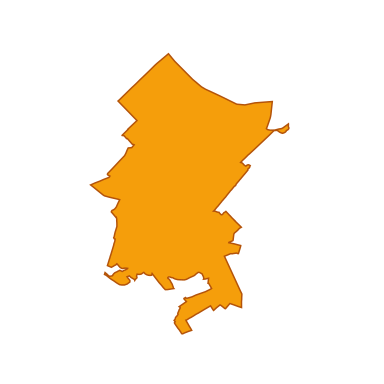 outline of Osica De Sus, Olt, Romania, rotated 318°
{"feature_id": "2599482B88469159964237", "entity_name": "Osica De Sus", "entity_type": "district", "adm_level": 2, "iso_a3": "ROU", "parent_name": "Romania", "parent_adm1": "Olt", "projection": "orthographic", "projection_center": [24.323, 44.259], "detail": "fine", "context": "isolated", "style": "filled", "palette": "amber", "viewbox_px": 384, "rotation_deg": 318, "n_neighbors": 0, "source": "geoboundaries", "source_scale": "gbopen_adm2", "svg_char_len": 6003}
<svg xmlns="http://www.w3.org/2000/svg" viewBox="0 0 384 384"><g transform="rotate(318 192 192)"><path d="M151.5,311.0L155.4,306.6L157.1,305.0L158.4,303.6L160.5,301.5L160.9,300.9L161.7,298.0L173.1,261.4L176.3,262.6L179.3,263.6L179.8,264.0L180.5,264.8L181.7,265.5L184.1,267.1L184.4,267.5L185.0,268.7L185.3,268.8L188.0,267.2L191.5,265.1L192.4,264.4L191.1,262.5L188.7,258.8L185.4,254.3L185.7,254.1L189.5,255.4L189.9,255.5L190.4,255.2L194.3,251.8L194.9,251.3L195.6,251.0L196.1,250.9L196.7,250.9L198.4,251.0L200.5,251.0L201.6,250.8L202.3,250.8L203.4,250.8L204.5,251.1L205.1,251.2L204.5,241.7L204.5,240.9L204.6,241.0L204.4,238.0L204.4,234.9L204.3,234.5L204.3,233.3L204.2,229.1L203.6,229.1L202.6,228.9L201.8,228.7L201.3,228.8L200.4,229.0L199.5,229.0L199.2,229.0L198.8,228.7L198.5,228.4L198.4,228.0L198.4,227.2L198.3,226.6L198.4,225.5L198.4,225.4L198.5,225.3L198.5,225.1L198.0,224.7L197.6,224.2L197.5,223.9L197.2,223.6L197.1,223.3L196.8,222.8L196.7,222.4L196.2,221.6L196.1,221.4L195.5,221.0L195.2,220.6L195.6,220.6L196.1,220.6L197.7,220.4L200.1,220.0L201.6,219.9L204.0,219.5L206.6,219.1L207.4,219.0L208.2,218.8L209.6,218.7L211.6,218.4L213.7,218.2L215.6,217.8L216.9,217.6L220.0,217.1L221.5,216.8L222.8,216.8L227.1,216.1L227.7,216.1L228.4,216.4L228.6,216.4L229.1,216.2L230.1,215.7L231.2,215.5L232.2,215.4L232.8,215.3L233.5,215.2L234.5,215.1L235.8,214.8L236.6,214.8L238.4,214.5L240.0,214.3L241.3,214.1L243.7,213.8L248.2,213.1L248.7,212.5L249.1,212.3L250.1,212.4L250.5,212.4L251.9,212.0L252.4,211.4L252.9,211.3L252.7,210.6L252.3,209.7L251.7,209.2L250.5,208.8L250.1,208.9L249.7,208.9L249.2,208.6L248.8,206.9L248.8,204.9L248.6,203.6L248.3,203.2L247.9,202.6L248.5,202.5L251.1,202.3L253.4,202.3L259.1,202.0L259.8,202.1L266.8,202.0L287.3,201.5L293.8,201.2L294.6,201.7L295.9,202.7L296.3,202.9L296.6,203.5L297.2,206.2L297.8,207.7L298.5,208.9L299.7,209.5L301.2,209.9L302.4,209.9L303.1,209.5L305.0,209.9L306.3,209.7L306.9,209.1L307.2,208.5L307.2,208.2L307.3,207.9L308.0,207.2L308.9,206.3L309.2,205.9L303.4,205.3L302.5,205.2L301.3,204.9L300.7,204.6L298.5,203.2L295.0,201.4L293.2,199.9L291.7,198.6L290.9,197.6L290.1,196.5L289.8,195.8L289.7,195.1L289.7,194.7L292.1,193.5L299.5,189.4L300.7,188.6L302.5,187.2L312.2,178.5L298.3,167.8L289.6,162.7L284.0,156.7L276.7,138.5L270.8,124.7L269.4,120.2L267.8,108.7L266.6,83.3L267.0,73.5L252.0,73.0L249.4,73.0L238.8,73.5L228.5,73.8L222.4,74.1L216.7,74.2L200.1,74.9L197.9,74.9L198.9,102.1L186.4,102.4L186.4,102.7L178.0,103.1L177.9,103.2L179.2,104.8L179.1,108.6L179.7,109.0L179.6,116.6L180.5,117.9L180.6,118.2L176.9,118.7L174.1,116.6L173.9,116.6L171.1,117.8L168.9,118.9L167.0,119.6L166.2,119.9L158.3,120.5L153.9,120.9L147.8,121.4L141.7,121.8L141.0,122.2L140.9,122.5L140.9,123.4L141.7,125.1L141.2,125.5L140.5,125.6L139.8,125.5L134.9,123.6L130.9,122.3L126.0,120.4L121.4,118.9L121.6,120.0L122.7,126.9L123.0,128.8L123.8,133.8L124.0,135.0L124.4,136.3L125.8,138.5L127.0,140.4L132.3,148.0L133.1,149.4L130.2,150.5L125.9,152.4L125.2,152.6L123.1,152.9L121.9,152.7L121.1,152.5L120.7,152.3L120.3,152.2L119.7,152.3L118.7,152.8L118.7,153.8L118.5,159.9L118.9,160.1L118.2,161.2L118.1,161.6L117.9,161.8L116.8,163.0L115.5,164.7L113.2,167.3L111.1,168.6L107.9,170.5L105.5,172.2L104.2,173.2L103.3,173.5L103.2,173.9L102.9,174.5L103.1,175.1L103.4,175.6L102.6,176.1L102.4,176.4L101.7,176.9L100.8,177.5L99.6,178.1L98.1,179.2L89.7,184.3L88.2,185.1L87.2,185.8L84.9,187.1L84.3,187.5L79.9,190.1L81.7,194.0L84.2,194.6L85.0,194.7L86.0,195.0L87.3,195.3L87.8,195.0L88.1,195.0L88.2,195.4L88.1,198.4L88.1,200.0L88.7,201.8L89.1,202.3L90.7,203.3L91.9,204.3L92.7,205.2L93.1,205.7L92.9,205.8L92.5,205.8L89.9,205.2L89.2,204.8L88.4,204.6L87.2,204.5L86.9,204.3L86.8,204.0L86.6,203.4L86.3,202.5L86.0,201.9L85.7,201.7L85.4,201.6L84.9,201.7L84.4,201.5L83.8,201.2L83.3,201.2L80.7,200.4L79.2,200.4L77.8,200.6L77.4,200.9L77.2,201.0L76.8,201.0L75.4,200.2L74.5,199.6L74.0,198.5L73.8,195.5L73.6,194.6L73.5,193.7L71.8,194.7L72.5,196.5L73.1,200.3L73.6,202.9L74.4,205.6L75.2,209.2L76.2,212.4L77.6,214.1L79.6,215.9L82.2,217.0L85.6,217.3L86.7,216.1L86.8,213.2L87.0,211.5L89.3,212.4L89.4,214.2L89.6,215.1L90.3,217.3L90.6,218.2L90.5,218.9L90.3,219.4L91.2,219.1L92.3,219.0L93.4,219.0L94.1,218.5L94.4,217.5L95.3,216.9L96.2,216.3L97.4,217.7L98.3,218.4L99.6,219.1L101.0,219.2L102.4,219.5L102.4,221.4L103.0,223.2L103.9,224.7L104.8,225.7L105.8,226.5L106.4,226.8L107.1,226.3L107.8,225.9L106.9,237.5L106.9,240.9L106.7,243.8L106.8,246.7L108.6,248.2L112.2,250.5L113.9,251.6L113.9,251.2L114.0,250.8L114.5,249.9L114.7,249.3L115.0,248.6L115.2,248.2L115.7,246.8L115.9,245.8L116.0,244.9L116.2,244.4L116.4,243.7L116.6,242.4L116.6,241.4L116.6,240.9L116.3,240.3L116.3,240.0L116.6,239.5L116.9,239.4L117.8,239.5L118.7,240.3L119.4,241.8L120.4,242.9L120.6,243.8L121.0,244.8L121.5,245.7L122.8,247.6L124.8,249.6L127.4,252.1L129.0,253.0L130.5,253.5L132.7,254.0L137.0,255.4L138.3,255.7L139.5,255.6L142.6,255.8L143.2,256.2L143.9,257.1L144.0,257.4L144.3,258.4L144.4,258.9L144.6,259.3L144.7,259.7L144.3,260.8L144.2,261.2L143.9,262.3L143.6,263.0L142.8,264.2L142.2,264.5L144.0,265.8L144.9,266.2L146.6,267.2L142.9,270.5L143.3,270.8L142.6,274.3L142.0,276.8L140.7,276.6L137.5,275.7L135.3,275.1L130.3,273.0L126.0,271.2L121.8,269.9L117.3,267.7L116.5,266.9L116.6,266.1L114.8,265.7L114.5,266.1L114.5,269.7L105.7,268.6L106.0,269.8L105.8,270.1L105.0,270.6L104.5,270.7L103.5,271.0L102.7,271.5L100.3,272.6L100.2,272.7L99.9,273.4L99.6,273.7L98.7,273.8L97.9,274.1L97.1,274.0L95.8,274.3L95.3,274.5L94.4,275.2L93.6,275.4L92.8,275.4L92.7,277.2L91.6,277.3L91.3,277.7L91.1,278.6L90.4,283.6L90.3,285.4L90.3,285.9L90.1,287.0L89.8,289.3L89.5,290.2L89.8,290.8L90.3,291.2L92.1,291.7L96.3,293.3L99.2,294.6L99.7,292.5L100.2,289.8L101.0,286.2L101.4,284.2L101.7,283.2L102.0,283.4L103.3,283.7L105.5,284.0L107.2,284.5L110.3,285.1L113.4,285.6L115.6,286.2L121.9,287.4L129.6,289.0L128.8,293.7L128.8,294.5L132.9,294.4L137.3,294.7L137.7,296.0L138.1,298.4L138.4,300.5L138.6,301.0L139.0,301.1L145.5,300.2L146.1,301.2L147.8,304.3L149.8,308.1L151.5,311.0Z" fill="#f59e0b" stroke="#b45309" stroke-width="1.5"/></g></svg>